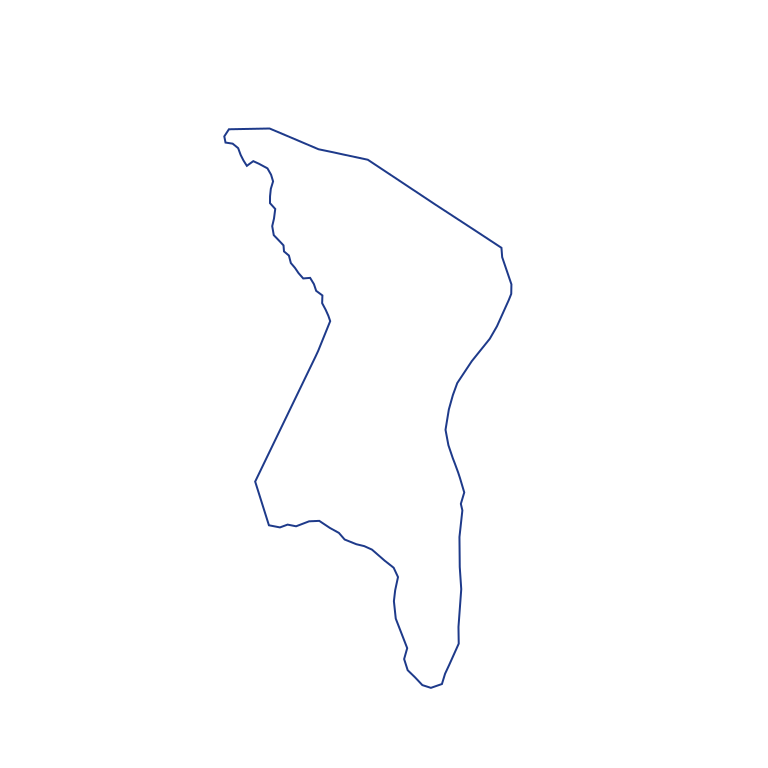 Porto, Piauí, Brazil, rotated 155°
{"feature_id": "56859067B55795735000748", "entity_name": "Porto", "entity_type": "district", "adm_level": 2, "iso_a3": "BRA", "parent_name": "Brazil", "parent_adm1": "Piauí", "projection": "mercator", "projection_center": [-42.697, -3.945], "detail": "fine", "context": "isolated", "style": "outline", "palette": "blue", "viewbox_px": 768, "rotation_deg": 155, "n_neighbors": 0, "source": "geoboundaries", "source_scale": "gbopen_adm2", "svg_char_len": 1374}
<svg xmlns="http://www.w3.org/2000/svg" viewBox="0 0 768 768"><g transform="rotate(155 384 384)"><path d="M354.9,266.6L354.2,272.4L353.4,281.9L353.0,287.7L351.5,301.3L347.6,316.5L336.0,333.5L326.3,344.8L317.2,353.9L294.8,367.6L269.0,380.3L257.2,388.6L235.5,407.3L230.6,411.9L226.4,420.5L223.3,449.0L220.0,457.8L236.0,483.7L261.5,524.7L303.9,594.1L324.3,609.5L331.9,615.3L344.1,624.4L368.5,651.5L379.7,663.9L416.9,680.4L424.1,675.9L425.6,669.8L419.6,665.8L416.5,659.4L417.1,652.2L416.9,646.0L416.1,639.7L408.3,641.2L404.3,636.5L398.5,628.7L397.9,621.4L398.9,614.5L404.1,608.7L408.0,602.2L410.9,596.1L408.6,588.6L413.8,580.4L418.6,574.3L421.0,565.5L418.6,558.5L416.5,552.1L418.6,546.4L415.9,540.6L417.3,533.0L415.6,526.8L414.6,520.6L412.6,513.8L406.1,511.4L405.3,504.1L406.1,497.1L402.4,490.3L405.9,483.4L405.5,475.8L405.6,469.4L406.2,463.7L429.7,441.8L434.1,438.1L520.1,367.9L542.0,350.0L548.0,304.6L538.9,298.0L530.8,297.3L523.8,292.2L509.9,291.2L500.5,287.3L493.8,276.3L487.8,268.1L485.4,259.7L476.8,250.5L470.4,245.4L464.9,239.0L458.1,223.7L452.9,213.4L452.9,203.1L461.0,192.4L466.8,183.0L472.5,166.4L474.6,134.8L482.0,126.2L483.5,114.6L479.8,104.9L476.5,94.9L469.9,88.8L458.3,87.6L451.1,95.6L443.7,101.8L426.0,117.1L419.2,132.3L400.7,165.4L392.7,186.1L380.3,213.4L366.4,236.3L365.0,242.9L357.1,251.8L354.9,266.6Z" fill="none" stroke="#1e3a8a" stroke-width="2"/></g></svg>